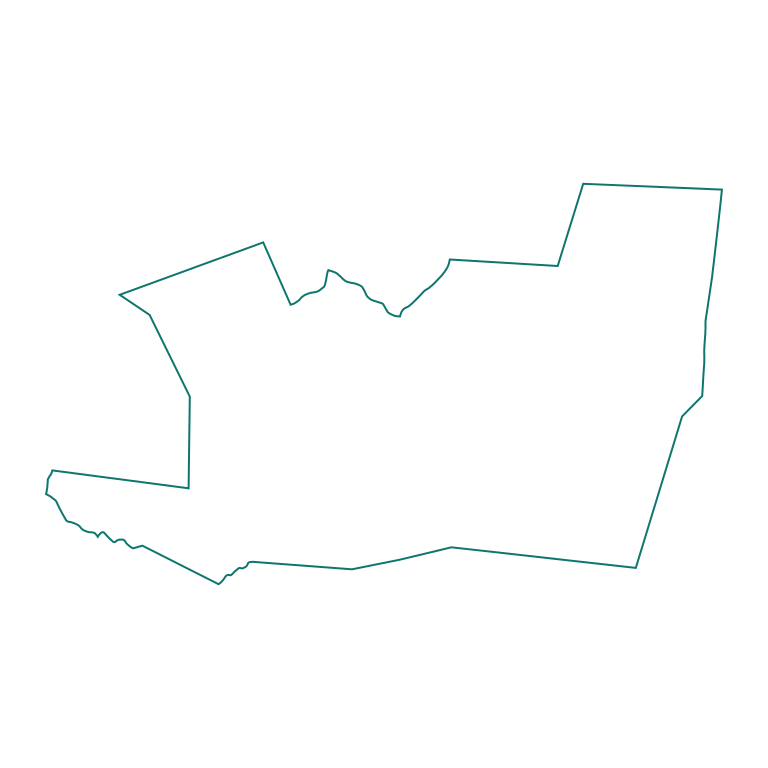 the district of San Nicolas, Copán, Honduras
{"feature_id": "27666195B43744954115993", "entity_name": "San Nicolas", "entity_type": "district", "adm_level": 2, "iso_a3": "HND", "parent_name": "Honduras", "parent_adm1": "Copán", "projection": "equal_earth", "projection_center": [-88.778, 15.002], "detail": "fine", "context": "isolated", "style": "outline", "palette": "teal", "viewbox_px": 768, "rotation_deg": 0, "n_neighbors": 0, "source": "geoboundaries", "source_scale": "gbopen_adm2", "svg_char_len": 5974}
<svg xmlns="http://www.w3.org/2000/svg" viewBox="0 0 768 768"><path d="M52.3,470.4L51.8,472.4L50.6,475.0L49.7,475.8L49.1,477.2L48.4,478.4L47.8,479.2L47.7,481.8L47.6,483.1L47.4,485.8L47.3,487.1L47.0,489.1L46.7,490.9L46.4,492.6L46.1,494.1L47.6,494.9L49.0,495.6L50.0,496.2L50.6,496.6L53.6,498.9L55.1,500.1L55.5,500.4L55.7,500.7L56.0,501.1L56.3,501.5L56.5,501.8L56.7,502.3L57.0,502.8L57.6,504.3L58.2,505.6L58.8,506.8L59.4,508.1L60.1,509.3L62.0,513.0L64.0,516.5L66.1,520.2L66.3,520.5L66.7,520.8L66.9,521.0L67.2,521.2L67.5,521.4L67.8,521.5L68.2,521.7L68.7,521.8L69.7,521.9L70.3,522.0L71.2,522.2L72.1,522.5L72.6,522.7L74.2,523.3L75.7,523.9L77.3,524.7L77.8,524.9L78.3,525.3L78.8,525.7L79.4,526.1L79.7,526.5L80.1,526.9L80.9,528.0L81.2,528.2L81.7,528.8L82.2,529.2L82.7,529.7L83.3,530.0L83.8,530.3L84.7,530.7L85.3,531.0L86.2,531.3L87.0,531.6L87.8,531.9L88.6,532.1L89.1,532.2L89.7,532.2L91.2,532.3L92.3,532.4L92.8,532.5L93.6,532.7L93.9,532.7L94.4,532.9L94.6,533.1L95.0,533.4L95.4,533.7L95.9,534.3L96.4,534.8L96.9,535.5L97.3,536.1L97.8,536.8L98.1,536.2L98.4,535.8L98.9,535.1L99.4,534.4L99.8,534.0L100.3,533.6L100.7,533.2L101.0,532.9L101.5,532.6L101.9,532.4L102.3,532.2L102.5,532.2L102.8,532.1L103.1,532.2L103.4,532.3L103.6,532.4L103.8,532.5L104.0,532.6L104.7,533.3L105.2,533.9L106.6,535.5L107.5,536.4L108.0,536.9L110.2,539.1L112.1,540.9L112.5,541.2L112.8,541.5L113.2,541.8L113.4,541.9L113.6,542.0L114.0,542.1L114.4,542.1L114.7,542.1L115.1,542.0L115.3,541.8L115.5,541.7L116.4,541.0L116.6,540.8L117.1,540.5L117.6,540.2L118.2,540.0L118.7,539.8L119.0,539.8L119.7,539.6L120.0,539.6L120.9,539.6L121.5,539.6L122.8,539.6L123.1,539.7L123.4,539.8L123.8,540.0L124.1,540.2L124.4,540.4L124.7,540.7L124.9,540.9L125.0,541.1L125.6,542.0L125.8,542.4L126.2,542.9L126.4,543.3L126.9,543.8L127.6,544.5L128.7,545.4L129.3,545.9L130.5,546.8L131.7,547.6L132.3,548.0L132.7,548.2L132.8,548.2L133.0,548.3L133.2,548.2L134.4,548.0L138.8,546.7L142.4,545.7L218.6,584.2L219.5,583.5L220.7,582.5L221.5,581.7L222.2,581.0L222.5,580.7L222.9,580.2L223.4,579.6L224.1,578.6L224.7,577.7L225.4,576.6L225.6,576.3L225.8,576.1L226.0,575.9L226.4,575.6L226.5,575.5L227.3,575.2L227.9,575.0L228.2,574.9L228.6,574.9L229.1,575.0L229.4,575.0L230.0,575.2L230.3,575.3L230.6,575.2L230.8,575.2L231.1,575.0L231.4,574.8L232.0,574.3L233.1,573.2L233.8,572.4L234.6,571.6L236.1,570.4L237.5,569.1L238.0,568.8L238.6,568.3L238.9,568.2L239.3,568.0L239.6,568.0L239.8,567.9L240.2,568.0L240.9,568.2L241.4,568.3L241.9,568.3L242.5,568.3L242.8,568.2L243.0,568.2L243.7,567.9L244.2,567.6L244.9,567.3L245.6,566.9L246.0,566.6L246.2,566.4L246.5,566.1L246.8,565.8L247.1,565.4L247.4,564.8L247.6,564.4L247.7,563.9L247.9,563.5L248.1,563.2L248.3,562.8L248.6,562.6L248.8,562.5L249.0,562.4L249.5,562.2L250.0,562.1L251.0,562.0L252.1,561.8L252.8,561.8L253.6,561.9L352.0,569.3L399.8,559.7L451.4,547.3L635.8,567.9L682.1,416.4L702.2,396.0L702.8,386.1L703.3,376.8L703.5,374.0L703.9,367.7L704.2,364.1L704.3,361.9L704.3,359.5L704.3,358.3L704.3,357.1L704.3,354.2L704.2,352.7L704.2,351.1L704.3,349.6L704.3,348.1L704.4,346.6L704.6,343.5L705.0,337.6L705.3,334.0L705.4,330.9L705.5,329.2L705.5,327.4L705.5,325.7L705.5,322.8L705.5,321.6L705.6,320.3L705.8,319.0L706.1,317.0L707.0,311.1L707.6,307.2L711.8,278.9L712.0,277.6L712.2,276.2L712.7,271.5L714.0,260.9L715.4,248.4L716.3,240.9L720.4,204.4L721.8,190.8L721.9,189.6L583.2,183.8L557.7,266.0L449.8,259.5L449.6,260.5L449.4,261.4L449.2,262.2L448.9,263.5L448.5,264.7L448.2,265.5L447.8,266.4L447.5,267.2L447.2,267.7L446.8,268.4L445.6,270.3L444.4,272.1L443.4,273.3L442.8,274.2L442.0,275.2L440.4,276.9L437.9,279.5L434.9,282.7L433.1,284.4L432.5,285.0L430.2,286.9L429.7,287.4L429.1,287.8L428.5,288.3L427.9,288.6L427.3,289.0L426.2,289.6L425.8,289.9L425.3,290.2L424.8,290.5L424.5,290.8L424.2,291.1L423.1,292.2L420.9,294.6L416.4,299.2L413.9,301.7L413.2,302.4L412.4,303.1L410.7,304.6L408.9,306.1L408.4,306.5L408.0,306.7L407.5,306.9L406.5,307.4L405.6,307.8L405.3,308.0L404.2,308.6L403.9,308.9L403.4,309.3L403.1,309.6L402.7,310.0L402.3,310.7L401.8,311.5L401.4,312.2L401.2,312.8L401.0,313.3L400.6,314.4L400.2,315.6L400.0,316.4L398.7,316.4L397.3,316.3L396.2,316.2L395.4,316.0L395.0,315.9L394.2,315.7L393.8,315.5L391.3,314.4L390.2,313.8L389.3,313.3L388.9,313.0L388.2,312.6L388.0,312.4L387.8,312.1L387.3,311.4L386.5,310.0L385.6,308.5L384.2,306.0L383.8,305.3L383.4,304.7L383.1,304.2L382.7,303.8L382.5,303.6L382.4,303.5L382.1,303.4L381.3,303.1L375.0,301.1L372.3,300.2L371.6,299.9L371.0,299.6L370.4,299.2L369.9,298.8L369.3,298.4L368.4,297.6L367.9,297.1L367.6,296.8L367.2,296.3L366.7,295.7L366.5,295.4L366.3,295.0L366.0,294.4L365.8,293.9L365.5,293.1L365.2,292.5L365.0,291.9L364.7,291.3L363.8,289.8L363.2,288.6L362.5,287.6L362.3,287.3L362.1,287.0L361.8,286.7L361.5,286.4L361.1,286.1L360.7,285.9L360.2,285.6L359.7,285.3L358.7,284.8L357.5,284.4L355.7,283.7L354.9,283.5L354.1,283.3L352.1,283.0L351.0,282.8L349.9,282.5L348.2,282.1L346.9,281.7L346.4,281.5L345.7,281.1L345.2,280.8L344.6,280.3L343.6,279.6L343.1,279.1L342.2,278.3L340.8,276.8L340.2,276.3L339.6,275.8L338.7,275.0L336.8,273.4L336.2,273.0L335.9,272.8L335.2,272.5L334.4,272.2L333.2,271.7L332.1,271.3L331.0,271.0L329.6,270.6L329.2,270.4L328.7,270.1L328.3,270.1L328.2,270.3L328.0,270.7L327.9,271.1L327.6,272.0L327.3,273.2L327.1,273.9L326.9,275.0L326.3,278.7L326.0,280.4L325.4,282.9L325.3,283.4L325.1,284.1L325.0,284.5L324.8,285.2L324.6,285.7L324.4,286.0L324.3,286.3L324.1,286.6L323.8,286.9L323.5,287.2L322.6,287.9L322.0,288.4L319.6,290.3L319.2,290.6L318.7,290.9L318.2,291.2L317.6,291.4L316.6,291.8L315.9,292.0L315.4,292.1L314.3,292.3L312.8,292.5L312.0,292.6L311.3,292.7L310.2,293.0L308.6,293.5L307.2,294.0L305.7,294.6L304.8,295.0L304.2,295.4L303.3,296.0L302.5,296.6L302.0,297.0L301.7,297.2L301.2,297.7L300.7,298.3L300.2,298.9L299.9,299.3L299.5,299.8L298.9,300.3L298.3,300.8L295.7,302.6L295.3,302.8L294.7,303.2L294.1,303.5L293.7,303.7L293.2,303.9L292.3,304.2L291.3,304.5L290.6,304.7L263.2,242.4L119.7,294.8L149.6,314.9L189.8,396.6L188.6,488.3L52.3,470.4Z" fill="none" stroke="#0f766e" stroke-width="2"/></svg>